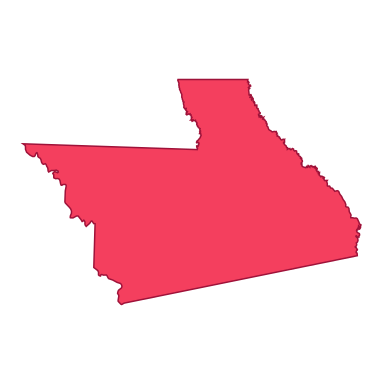 outline of Puerto Caicedo, Putumayo, Colombia
{"feature_id": "7082276B64544196905368", "entity_name": "Puerto Caicedo", "entity_type": "district", "adm_level": 2, "iso_a3": "COL", "parent_name": "Colombia", "parent_adm1": "Putumayo", "projection": "equal_earth", "projection_center": [-76.404, 0.736], "detail": "fine", "context": "isolated", "style": "filled", "palette": "rose", "viewbox_px": 384, "rotation_deg": 0, "n_neighbors": 0, "source": "geoboundaries", "source_scale": "gbopen_adm2", "svg_char_len": 5994}
<svg xmlns="http://www.w3.org/2000/svg" viewBox="0 0 384 384"><path d="M247.9,79.5L178.0,79.5L177.8,80.2L179.0,83.4L178.8,85.0L179.2,86.4L179.0,87.0L179.6,88.3L179.6,89.6L180.4,90.8L180.7,92.2L181.8,94.4L181.8,97.3L182.2,98.1L182.3,99.2L182.9,100.5L183.0,101.7L183.3,102.2L183.9,102.2L183.4,103.7L184.0,105.8L183.8,107.4L185.1,109.1L185.8,108.4L186.2,108.4L185.8,110.1L187.2,111.5L186.8,111.6L187.0,112.2L186.4,112.3L186.1,114.3L186.9,114.9L187.6,114.1L188.2,114.3L188.8,113.9L189.5,114.1L190.0,113.9L189.9,114.6L191.0,114.8L191.1,115.2L190.9,115.8L191.4,116.3L191.9,117.5L191.3,117.8L191.5,119.4L190.8,120.0L192.3,120.1L192.4,120.4L191.9,120.9L192.1,121.3L193.2,120.7L192.8,119.9L193.0,119.7L194.2,120.6L194.8,120.7L195.5,120.3L195.8,121.6L196.8,122.5L196.7,123.1L197.0,123.7L196.7,124.1L196.8,124.9L197.6,125.5L197.5,126.3L197.9,126.5L198.4,127.6L200.1,128.6L199.7,129.9L200.5,131.0L199.8,131.4L200.0,131.7L199.9,132.2L200.3,132.7L199.7,133.0L199.5,133.6L200.7,133.8L201.1,135.7L200.6,136.2L200.3,137.5L197.7,140.6L197.1,140.9L196.5,142.2L196.6,142.7L197.0,142.9L197.8,142.4L198.5,142.5L198.8,142.8L198.8,143.5L199.0,143.8L198.6,144.4L198.6,145.1L198.0,145.4L198.1,146.1L198.0,146.4L196.7,146.0L196.7,147.0L197.5,148.4L197.5,148.8L197.2,148.9L197.2,149.6L23.0,143.8L25.2,145.4L25.5,147.0L25.5,149.3L26.6,152.2L30.1,155.2L32.6,156.5L34.2,156.5L35.1,155.7L35.5,154.4L36.3,153.0L36.6,152.7L37.0,152.7L37.7,154.6L37.9,156.5L38.5,157.2L40.2,158.3L40.9,159.5L41.6,162.4L42.5,163.8L43.6,164.3L45.3,163.7L46.1,164.5L46.8,166.4L47.6,167.6L47.9,168.7L48.1,171.0L48.7,172.0L51.4,170.5L54.3,170.5L56.3,170.1L58.1,171.1L58.3,172.1L57.6,172.7L54.8,171.6L53.1,172.9L52.8,173.7L53.4,174.1L53.7,174.6L53.8,177.8L55.6,178.7L57.6,178.5L58.9,178.9L59.9,180.3L60.7,184.2L61.1,185.1L61.9,185.3L62.6,184.7L64.0,184.4L65.4,184.5L66.1,185.2L66.2,186.1L65.3,190.8L64.9,201.9L65.4,203.1L69.4,207.3L70.6,208.8L71.2,210.2L71.5,211.3L71.4,213.4L70.4,215.8L70.2,217.3L70.4,217.8L73.0,217.9L76.5,216.0L78.1,216.0L81.0,219.6L82.1,221.5L82.7,221.4L83.6,220.2L84.2,220.4L85.0,222.1L84.9,223.6L85.1,224.9L86.2,226.4L89.7,223.3L91.1,221.2L91.4,221.0L92.2,221.2L93.7,223.6L94.9,223.6L95.1,223.1L93.8,267.5L97.8,270.6L98.5,272.2L98.5,274.9L99.3,275.7L100.5,276.0L100.8,274.9L101.8,274.5L103.4,275.1L106.4,275.0L106.9,275.5L108.1,277.9L108.8,278.7L112.7,280.0L117.1,282.4L120.3,283.4L121.1,284.1L121.7,285.2L121.9,286.2L121.9,286.7L121.4,288.0L118.8,290.0L118.1,291.1L117.6,293.1L117.6,293.5L118.6,295.0L118.8,296.1L118.1,300.3L118.2,301.4L120.9,304.2L121.7,304.5L124.2,303.1L357.3,255.7L357.1,253.3L356.8,252.8L356.2,252.6L356.1,252.0L356.9,249.8L357.3,249.9L357.4,249.3L356.8,248.9L356.2,247.6L355.5,247.4L355.2,246.9L355.4,246.5L356.2,246.1L356.6,245.2L356.7,244.5L356.3,242.9L357.4,242.1L358.0,240.5L357.7,238.2L356.0,236.6L355.9,236.1L356.4,235.8L357.4,236.9L358.9,237.1L359.0,235.9L359.5,235.4L359.6,234.3L359.3,233.5L358.3,233.1L356.9,231.9L356.5,230.5L356.6,230.2L356.9,230.7L357.7,228.7L358.1,229.3L358.3,229.0L358.6,225.8L359.0,226.1L359.2,227.3L359.5,228.1L359.2,229.1L359.4,229.2L359.8,228.9L360.5,227.7L360.6,225.6L361.0,225.0L360.8,224.6L359.4,224.0L359.1,222.6L357.3,218.7L356.2,218.0L354.2,218.2L353.0,217.8L350.8,217.7L350.7,216.4L351.0,215.6L350.9,214.6L349.3,211.8L348.9,208.4L347.9,207.1L346.5,207.0L345.7,206.5L345.8,204.5L344.8,201.8L343.0,199.4L341.6,196.4L339.9,194.3L338.7,191.5L338.2,191.0L337.2,190.7L334.8,191.3L332.4,188.3L330.5,187.9L329.8,186.3L329.2,186.0L328.0,186.2L327.3,185.8L327.3,183.4L326.6,181.5L327.3,180.4L325.8,180.4L325.0,180.7L324.3,180.1L323.9,178.9L323.5,178.6L324.1,178.3L324.3,177.8L323.3,177.8L323.3,177.5L323.9,177.3L323.8,177.0L322.6,176.8L322.0,176.2L321.4,176.2L320.9,176.8L319.7,175.4L319.2,175.1L319.5,172.7L319.1,172.9L318.7,173.8L318.4,173.8L318.2,172.9L318.5,171.5L317.0,171.5L316.9,170.5L316.1,169.9L316.2,169.7L316.9,170.0L317.2,168.4L315.6,167.1L315.3,166.3L314.9,166.4L315.4,167.5L315.2,168.1L314.2,167.6L313.8,166.6L312.4,166.9L312.2,166.2L311.6,166.3L311.1,165.6L310.0,166.1L309.8,167.2L308.1,165.5L307.4,166.7L308.1,166.7L307.6,167.4L306.8,167.1L306.8,166.7L306.5,166.5L306.1,167.6L305.8,167.7L303.1,166.9L302.0,166.0L301.9,164.1L301.3,164.4L301.2,164.2L301.2,162.9L302.1,162.1L302.4,161.5L302.3,160.5L301.5,159.6L301.8,159.0L301.6,158.1L301.1,157.7L301.0,158.5L300.4,158.2L300.5,156.9L300.0,156.4L299.1,156.0L298.5,155.1L298.8,154.2L298.6,153.8L298.3,153.8L297.9,154.6L297.5,154.3L296.9,153.2L296.5,151.0L295.8,150.7L294.5,151.0L293.7,150.1L293.5,149.0L292.4,148.5L291.0,149.7L290.4,149.6L289.9,148.5L288.9,148.8L288.2,148.5L287.4,149.2L287.4,147.6L286.6,147.5L286.0,145.7L284.9,145.0L283.5,142.9L283.7,142.4L284.5,142.5L284.6,140.8L284.3,140.0L284.6,139.3L283.5,139.4L283.1,139.2L281.8,140.0L280.7,139.5L280.3,138.5L279.4,137.8L279.6,137.3L279.4,137.0L277.8,136.3L277.7,135.6L277.2,135.9L277.1,134.9L276.6,134.3L277.2,133.2L276.3,132.6L276.3,131.6L276.1,131.4L275.6,131.7L274.2,131.4L272.2,131.9L270.6,130.6L269.7,130.3L268.7,129.4L267.8,126.7L266.9,125.9L266.7,125.0L267.1,124.2L266.8,123.9L266.8,123.3L266.1,123.1L266.2,121.7L265.2,120.7L264.9,120.0L264.3,119.9L263.8,118.8L262.9,119.2L262.6,119.0L263.5,117.4L262.9,117.7L262.6,117.2L260.8,117.5L260.8,117.0L261.8,116.4L261.7,115.9L260.2,115.4L259.7,116.8L259.3,117.0L259.2,116.0L259.6,115.0L259.0,115.8L258.7,115.7L258.5,114.3L260.2,113.3L260.2,112.8L259.1,111.8L258.8,110.5L258.1,109.7L258.1,108.6L256.9,108.1L256.7,107.6L256.9,106.2L256.8,105.1L255.8,105.1L255.2,105.7L254.7,105.5L254.8,103.9L254.3,103.2L254.7,102.6L254.2,101.7L253.6,102.1L253.2,101.4L253.1,98.4L252.5,98.1L251.5,99.8L251.4,99.6L252.3,97.6L252.2,97.1L251.1,97.1L250.2,97.6L249.9,97.4L250.2,96.7L251.3,95.6L251.3,95.2L250.8,94.6L249.5,95.2L249.0,94.9L249.1,94.2L248.6,89.9L248.8,89.2L249.8,88.4L249.7,88.0L248.7,88.0L248.4,87.6L249.6,86.2L250.6,86.2L250.6,85.6L250.4,85.1L249.5,85.2L248.9,84.8L248.3,83.9L249.0,82.6L248.6,81.9L247.7,81.9L248.0,81.2L247.6,80.9L247.6,80.6L247.9,79.5Z" fill="#f43f5e" stroke="#9f1239" stroke-width="1.5"/></svg>